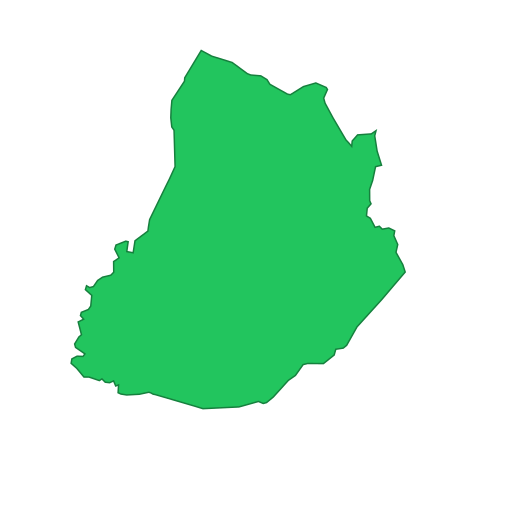 outline of Morovis, Puerto Rico, rotated 25°
{"feature_id": "32010507B35991649080507", "entity_name": "Morovis", "entity_type": "district", "adm_level": 2, "iso_a3": "PRI", "parent_name": "Puerto Rico", "parent_adm1": "", "projection": "mercator", "projection_center": [-66.426, 18.317], "detail": "fine", "context": "isolated", "style": "filled", "palette": "green", "viewbox_px": 512, "rotation_deg": 25, "n_neighbors": 0, "source": "geoboundaries", "source_scale": "gbopen_adm2", "svg_char_len": 1745}
<svg xmlns="http://www.w3.org/2000/svg" viewBox="0 0 512 512"><g transform="rotate(25 256 256)"><path d="M140.9,433.5L151.2,438.4L155.8,436.3L166.7,435.1L168.3,432.5L172.7,434.1L176.9,432.7L179.7,429.4L183.8,433.1L185.9,430.9L188.8,438.2L191.9,438.2L197.5,436.6L208.7,430.6L216.4,424.8L218.4,424.5L221.2,424.7L223.1,424.2L264.4,417.9L272.4,416.8L304.3,400.0L306.2,398.4L319.7,386.8L324.9,386.6L327.5,384.4L331.3,376.4L337.9,355.0L342.2,347.6L344.6,334.5L348.2,331.6L362.6,325.0L368.7,312.7L367.7,306.8L374.0,302.6L375.9,298.7L377.5,277.5L388.5,241.9L393.3,224.4L397.0,211.1L398.0,207.5L392.7,201.8L381.3,193.5L379.6,185.7L372.3,179.3L371.1,174.6L364.5,174.5L359.1,178.3L355.2,176.9L351.8,179.7L343.7,173.5L339.2,173.0L336.6,165.7L338.2,160.1L335.7,157.9L330.8,147.6L329.8,138.3L326.6,124.5L331.4,120.7L321.4,109.7L312.8,96.9L311.8,91.7L308.9,96.6L296.9,103.3L294.6,111.1L296.4,116.2L292.0,114.2L288.5,112.8L267.3,98.2L254.0,88.3L250.6,84.3L250.4,74.9L248.4,73.6L237.1,73.9L230.5,79.7L227.4,82.4L219.0,95.3L216.1,96.0L196.0,94.5L191.4,91.5L184.2,90.7L174.7,94.2L171.0,94.4L152.6,90.7L131.4,93.6L119.5,92.9L116.1,124.6L117.3,127.8L114.0,150.5L117.1,159.0L120.4,166.8L125.1,174.6L128.6,176.7L144.9,209.2L145.0,222.8L144.8,230.7L144.2,267.9L146.2,275.0L147.5,279.1L139.9,293.3L143.3,305.0L137.0,306.6L134.1,297.1L131.7,297.6L124.5,305.2L125.1,309.5L132.7,315.5L130.8,318.8L129.3,321.2L133.9,330.8L132.5,334.8L125.9,340.0L122.8,345.1L121.6,352.4L118.6,354.9L115.0,354.6L115.6,358.6L123.8,361.1L127.4,371.2L126.7,375.3L121.5,380.9L122.1,384.2L126.5,386.1L122.7,390.9L131.1,401.1L129.7,404.2L128.8,412.4L131.1,415.1L142.3,417.0L141.7,420.1L136.2,422.4L132.6,427.1L133.8,431.4L140.9,433.5Z" fill="#22c55e" stroke="#15803d" stroke-width="1.5"/></g></svg>